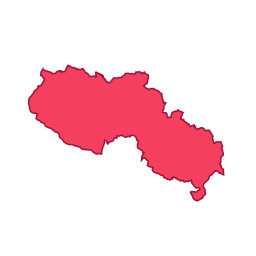 outline of Graiguecullen -Portarlington-Lea-6, Laoighis, Ireland, rotated 131°
{"feature_id": "5873133B32465812463029", "entity_name": "Graiguecullen -Portarlington-Lea-6", "entity_type": "district", "adm_level": 2, "iso_a3": "IRL", "parent_name": "Ireland", "parent_adm1": "Laoighis", "projection": "orthographic", "projection_center": [-7.112, 52.984], "detail": "fine", "context": "isolated", "style": "filled", "palette": "rose", "viewbox_px": 256, "rotation_deg": 131, "n_neighbors": 0, "source": "geoboundaries", "source_scale": "gbopen_adm2", "svg_char_len": 5821}
<svg xmlns="http://www.w3.org/2000/svg" viewBox="0 0 256 256"><g transform="rotate(131 128 128)"><path d="M78.8,58.3L78.9,58.6L78.2,59.2L76.4,65.3L79.3,68.1L78.7,70.3L79.2,72.4L82.2,74.3L83.7,74.7L83.5,77.0L83.7,77.4L83.4,77.6L83.7,77.6L83.9,78.1L82.2,80.0L86.2,82.2L85.2,84.2L85.3,84.2L85.4,84.7L85.8,84.9L85.8,85.4L85.4,85.9L85.9,88.2L85.8,88.4L86.0,88.4L86.2,89.0L86.2,89.8L85.5,90.9L86.0,91.5L85.2,91.7L86.8,93.9L86.2,94.6L85.4,94.9L85.2,94.6L83.8,95.5L82.1,95.9L80.6,96.6L80.2,96.5L80.2,96.9L80.7,97.3L80.7,98.8L81.8,100.2L81.5,102.2L83.6,102.0L83.8,103.0L86.0,104.3L87.5,104.8L90.3,103.6L91.5,102.5L92.0,102.8L92.7,103.9L94.0,105.0L93.2,106.7L92.2,107.4L91.5,108.6L91.8,109.6L92.6,110.3L93.4,112.4L92.3,113.1L90.3,113.4L89.6,113.8L88.3,115.1L84.3,116.0L85.8,117.8L84.6,118.5L84.8,119.0L84.2,120.1L83.5,120.6L82.7,122.2L81.6,123.4L81.6,124.2L80.3,124.4L80.0,125.9L80.5,127.1L80.1,128.3L80.1,129.5L81.3,132.7L81.2,133.6L81.9,134.7L81.8,135.1L83.7,137.1L85.5,137.2L85.6,138.0L85.4,139.0L86.1,140.3L86.0,141.3L86.2,141.6L85.8,142.7L86.0,143.4L85.9,143.8L85.4,144.0L83.9,143.3L81.7,142.9L75.8,146.1L74.7,147.6L75.6,150.8L75.0,152.2L77.9,153.1L77.3,154.0L77.7,154.7L78.0,156.5L78.8,156.7L80.6,158.8L82.4,157.9L84.6,160.9L85.7,161.8L86.4,163.5L88.0,165.3L89.4,165.8L89.7,165.3L90.3,165.2L91.7,165.9L94.6,166.3L96.5,168.6L98.2,169.6L99.2,171.4L101.7,171.7L103.2,171.4L106.6,171.8L106.8,172.6L106.7,172.9L107.0,173.4L106.9,173.7L107.2,173.8L107.0,174.1L107.3,174.5L107.0,174.8L106.9,176.3L106.4,176.6L106.6,177.0L106.3,177.2L106.5,177.5L106.3,177.6L106.6,178.0L106.1,179.0L106.3,179.6L105.6,180.3L105.8,180.5L105.6,180.6L105.8,180.8L105.8,181.1L106.0,181.6L105.7,181.8L105.0,181.6L105.0,182.2L105.1,182.8L106.0,182.8L106.0,184.4L105.6,184.4L105.7,184.9L106.4,187.1L106.6,187.2L106.6,187.5L107.1,188.2L106.8,188.6L107.2,189.0L107.7,188.5L107.9,187.8L108.9,187.3L109.3,186.3L110.2,185.7L110.8,186.1L110.7,186.6L111.1,188.0L112.0,188.3L113.6,189.9L114.0,191.2L113.7,192.1L113.4,194.0L113.5,195.1L113.8,195.8L114.0,197.0L113.3,198.4L113.3,199.0L112.9,200.4L113.3,200.7L113.0,201.0L113.1,201.4L114.8,201.9L116.2,203.7L116.6,204.3L116.5,204.7L117.3,205.0L117.4,205.9L117.2,206.2L117.4,206.4L117.2,206.7L118.0,208.5L118.3,208.6L118.2,208.9L118.6,208.9L119.3,210.5L119.2,211.6L119.7,212.8L119.7,213.7L119.9,213.7L120.1,214.3L120.6,214.5L121.2,213.8L121.8,214.1L123.1,213.9L124.0,213.3L127.0,212.7L129.6,215.5L128.8,215.9L130.2,217.8L132.3,218.7L134.2,218.5L135.7,220.0L136.3,220.3L136.6,222.8L139.2,228.6L139.2,229.8L139.7,230.7L139.5,230.9L142.9,230.3L145.6,228.3L145.1,226.8L145.6,224.9L146.1,223.8L146.0,223.3L146.2,222.8L152.2,221.6L155.3,222.7L154.6,223.5L157.7,222.2L162.1,222.9L163.8,222.2L166.2,222.2L167.5,221.9L168.5,222.2L170.5,222.1L171.6,221.1L172.7,220.8L173.8,219.6L175.0,219.0L175.4,218.3L175.6,217.2L177.4,215.6L179.0,213.2L179.5,211.6L178.7,209.1L176.7,205.8L181.1,203.6L181.3,202.1L180.3,198.6L180.7,197.6L179.7,194.5L179.8,193.6L180.6,191.8L180.6,191.2L180.0,188.2L179.2,186.9L178.7,185.5L178.9,184.0L178.6,182.3L178.7,180.3L178.0,179.3L177.6,178.0L178.4,175.2L179.4,174.3L180.0,173.2L179.6,170.2L180.6,167.1L180.3,165.0L179.3,161.8L176.8,158.8L176.6,158.0L176.6,156.9L175.7,155.6L174.8,153.2L173.9,152.3L174.2,149.7L173.8,147.7L172.3,146.8L172.0,146.1L172.2,145.6L172.1,145.3L170.8,144.5L170.2,143.0L168.7,141.5L168.7,140.7L169.1,139.0L168.7,138.1L168.8,137.5L168.7,136.0L167.9,134.2L166.2,133.2L165.5,131.1L164.4,131.2L162.5,132.8L158.4,134.7L157.0,135.0L156.3,135.5L154.5,136.1L153.0,137.4L152.5,137.6L151.9,136.4L151.7,135.2L151.9,135.1L152.0,134.6L152.9,134.5L152.8,133.7L153.3,133.2L153.3,132.7L151.7,133.0L149.9,132.3L147.6,130.8L145.9,131.2L145.0,131.8L143.3,130.7L143.0,129.7L142.5,130.0L141.6,131.1L140.8,130.9L140.3,129.5L137.8,128.4L136.8,124.1L136.0,123.2L134.4,122.7L133.2,120.7L132.6,121.3L131.7,120.4L130.9,120.3L130.3,119.8L129.8,118.6L129.7,116.8L129.9,115.6L131.4,113.4L131.0,111.7L134.5,109.8L136.7,107.9L136.0,103.2L135.7,102.5L137.2,100.3L136.7,99.8L137.3,99.8L138.0,99.1L140.2,99.0L143.4,96.7L142.0,96.7L141.4,97.1L139.5,95.8L139.8,94.6L139.6,94.1L139.9,92.9L139.6,92.2L139.6,91.0L140.1,90.5L141.3,90.2L142.0,89.4L142.8,89.3L143.5,88.8L143.6,87.6L143.2,86.4L141.8,84.2L141.5,83.1L141.7,82.8L143.6,82.4L144.4,79.6L143.4,77.4L143.2,76.6L143.3,76.1L142.7,75.9L142.1,74.2L142.3,73.5L142.1,72.6L141.0,70.7L141.2,69.7L141.8,68.6L141.0,66.1L141.0,65.0L139.9,63.3L139.9,62.6L139.3,62.0L138.2,61.7L137.2,60.9L136.7,61.3L136.5,62.0L136.0,61.5L135.1,61.6L135.0,61.3L135.2,60.7L134.5,60.1L134.7,59.0L134.2,58.7L134.3,57.9L134.0,57.3L134.5,56.9L134.4,56.6L133.3,55.2L133.6,53.7L131.3,51.8L131.9,50.5L131.8,50.2L131.4,49.7L130.2,49.4L129.7,48.2L129.2,47.6L128.7,47.7L127.6,46.7L125.6,46.0L127.2,44.4L127.7,43.5L128.7,38.6L128.7,37.5L128.2,37.1L127.8,36.2L127.0,35.9L126.4,34.9L126.4,34.0L127.8,33.5L129.7,34.4L131.2,34.2L132.1,35.0L132.5,36.1L133.3,36.6L133.3,37.0L133.9,38.1L134.7,38.2L135.3,38.8L136.0,38.1L136.1,37.8L135.9,37.5L136.1,36.9L136.6,36.6L136.5,36.1L136.7,35.4L137.0,35.2L137.1,34.6L138.0,33.1L138.1,32.3L138.4,31.9L138.2,30.9L138.4,30.5L138.2,30.0L138.2,29.7L137.9,29.2L138.0,28.8L137.5,28.4L137.5,27.9L135.1,27.0L133.8,26.8L133.4,26.2L131.7,25.9L130.1,26.5L128.2,26.1L126.9,26.3L125.9,27.1L125.5,28.4L124.6,28.7L123.4,30.7L123.4,32.1L121.5,33.9L118.5,34.3L117.5,33.9L113.8,33.6L111.3,34.7L109.7,34.9L109.1,34.3L107.6,33.9L106.4,34.3L105.1,33.9L103.3,34.3L103.0,33.8L103.0,33.3L101.8,32.6L101.7,32.2L102.0,30.0L102.2,29.6L101.6,28.7L100.6,25.1L96.6,28.9L96.7,30.3L96.5,32.0L95.3,33.0L95.0,33.6L95.1,34.5L94.6,35.4L92.9,35.4L90.9,37.5L89.6,38.0L88.8,38.7L85.9,38.3L85.2,39.3L84.8,39.3L84.3,39.9L83.8,41.0L82.5,42.3L82.1,44.2L80.0,44.3L77.5,48.8L80.4,52.1L81.2,52.5L82.6,52.6L83.2,53.2L83.2,53.6L82.4,54.2L80.0,57.9L78.8,58.3Z" fill="#f43f5e" stroke="#9f1239" stroke-width="1.5"/></g></svg>